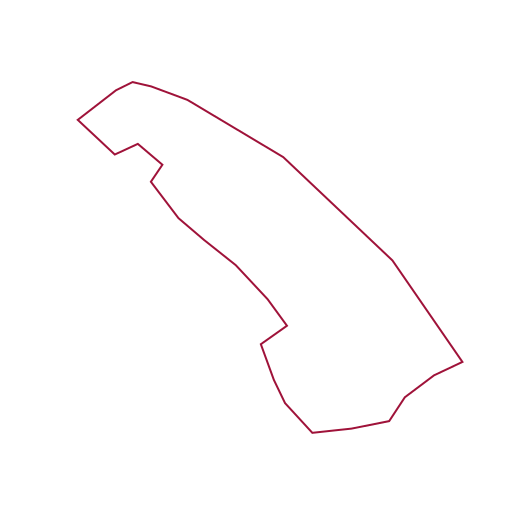 outline of Charlotte, rotated 313°
{"feature_id": "VCT-5063", "entity_name": "Charlotte", "entity_type": "Parish", "adm_level": 1, "iso_a3": "VCT", "parent_name": "Saint Vincent and the Grenadines", "parent_adm1": "", "projection": "orthographic", "projection_center": [-61.165, 13.289], "detail": "fine", "context": "isolated", "style": "outline", "palette": "rose", "viewbox_px": 512, "rotation_deg": 313, "n_neighbors": 0, "source": "natural_earth", "source_scale": "10m", "svg_char_len": 482}
<svg xmlns="http://www.w3.org/2000/svg" viewBox="0 0 512 512"><g transform="rotate(313 256 256)"><path d="M234.0,32.8L281.8,40.6L299.0,47.1L308.5,63.6L323.4,99.4L346.9,208.5L345.8,358.8L319.3,479.2L290.2,467.6L254.2,461.2L226.1,466.0L194.8,443.5L182.7,433.0L165.1,417.8L168.2,377.6L177.6,353.5L194.8,319.7L226.1,326.2L232.3,294.0L235.5,247.4L232.3,207.2L230.8,173.5L238.6,128.5L258.9,125.3L257.4,93.1L233.9,83.5L234.0,32.8Z" fill="none" stroke="#9f1239" stroke-width="2"/></g></svg>